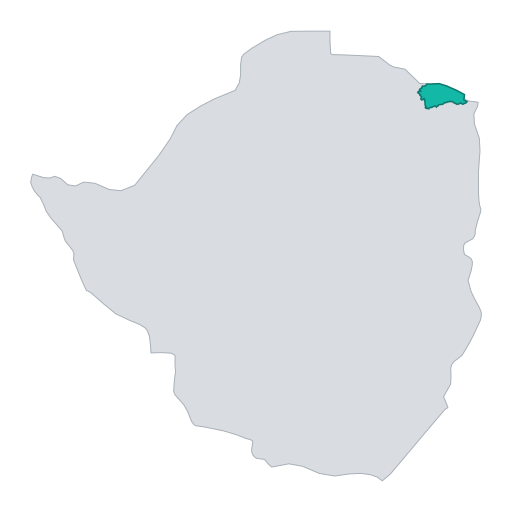 location of Rushinga, Mashonaland Central, Zimbabwe
{"feature_id": "62879985B22521901004108", "entity_name": "Rushinga", "entity_type": "district", "adm_level": 2, "iso_a3": "ZWE", "parent_name": "Zimbabwe", "parent_adm1": "Mashonaland Central", "projection": "robinson", "projection_center": [32.185, -16.62], "detail": "fine", "context": "in_parent", "style": "filled", "palette": "teal", "viewbox_px": 512, "rotation_deg": 0, "n_neighbors": 0, "source": "geoboundaries", "source_scale": "gbopen_adm2", "svg_char_len": 5736}
<svg xmlns="http://www.w3.org/2000/svg" viewBox="0 0 512 512"><path d="M382.3,480.8L377.1,477.0L370.0,474.6L360.9,473.4L349.2,473.9L334.7,476.0L319.2,473.4L302.6,466.3L288.9,463.8L272.5,466.9L271.7,467.0L268.9,464.6L264.4,459.4L256.9,458.4L254.8,457.2L253.1,455.3L252.0,452.8L251.6,450.1L252.8,441.5L252.1,440.6L250.1,439.5L246.0,438.5L236.1,434.6L223.6,430.9L203.5,426.8L195.6,425.7L193.8,424.4L191.5,421.3L187.6,411.4L183.9,404.9L175.1,394.9L173.7,391.8L174.1,383.9L174.7,377.5L175.6,372.0L175.1,366.9L175.0,360.6L175.2,356.3L174.0,354.5L170.9,353.2L161.9,352.6L151.0,352.9L150.6,346.4L149.5,336.5L147.4,330.7L144.9,327.7L139.9,324.6L129.7,320.4L115.9,313.9L104.1,304.3L90.5,292.4L86.3,290.3L81.2,279.1L73.5,259.9L73.9,253.5L72.7,250.4L65.3,241.0L63.6,236.1L62.3,231.2L50.4,217.4L46.3,211.3L43.2,203.6L40.1,197.4L37.6,194.9L34.2,190.7L31.8,185.9L30.7,182.3L31.5,177.5L32.7,174.2L43.9,177.7L50.0,178.0L54.7,176.3L60.7,178.5L67.8,184.8L75.5,186.0L83.7,182.1L95.0,183.3L109.2,189.5L120.9,190.7L134.8,185.2L147.1,169.9L158.8,155.5L170.2,138.9L177.0,125.5L187.2,114.5L200.5,106.1L214.2,99.0L235.1,90.3L239.2,83.1L240.6,75.3L240.6,64.4L241.6,57.3L243.8,54.1L247.3,51.6L251.7,48.3L265.5,40.1L277.1,34.7L291.1,31.3L306.6,31.2L321.4,31.2L329.9,31.2L330.0,41.7L330.7,53.5L332.3,54.6L343.5,54.9L361.5,55.7L378.7,56.5L389.8,65.1L393.5,66.9L405.0,69.2L419.6,83.4L437.2,84.8L449.3,89.2L460.0,94.1L466.1,100.0L470.1,101.3L475.5,101.8L478.1,102.3L477.5,106.5L473.9,113.7L474.4,124.0L479.3,138.2L480.0,150.6L478.4,172.4L478.5,193.5L479.0,201.0L479.8,206.0L480.8,208.8L480.6,211.9L477.7,220.7L475.3,230.1L475.2,233.8L474.3,236.4L472.6,238.8L464.9,243.1L463.6,245.7L463.6,250.6L464.6,254.6L467.4,256.1L470.9,258.4L472.3,261.4L472.3,264.6L471.2,270.6L468.1,280.4L471.1,291.6L474.6,298.9L479.3,307.4L481.3,312.6L481.2,316.4L480.5,320.0L473.3,335.5L468.2,345.1L462.0,355.4L453.7,361.8L451.6,364.9L450.7,368.5L451.0,376.2L450.6,384.2L443.6,396.6L447.9,407.3L446.9,408.3L444.6,409.8L434.4,421.8L424.1,434.0L416.6,442.9L408.1,453.0L398.6,464.3L390.4,474.0L382.3,480.8Z" fill="#d9dde1" stroke="#a8b0b8" stroke-width="1"/><path d="M426.1,108.4L426.4,108.5L426.7,108.5L426.8,108.5L427.0,108.4L427.3,108.3L427.6,108.4L427.8,108.5L428.0,108.6L428.3,108.8L428.5,108.8L428.6,108.7L428.8,108.5L429.0,108.6L429.1,108.2L429.5,107.8L429.9,107.6L430.0,107.6L430.4,107.4L430.7,107.4L430.8,107.5L431.0,107.6L431.4,107.4L431.5,107.4L431.8,107.4L432.0,107.4L432.3,107.1L432.3,106.9L432.6,106.7L432.8,106.7L433.0,106.7L433.3,106.6L433.5,106.6L433.6,106.4L433.8,106.3L434.1,106.2L434.3,106.1L434.5,106.0L434.7,105.9L434.8,105.9L434.9,106.0L435.1,106.1L435.5,106.2L435.6,106.3L435.9,106.6L436.1,106.8L436.2,107.0L436.3,107.1L436.4,106.9L436.5,106.9L436.6,106.7L436.7,106.4L436.8,106.3L437.5,106.3L437.6,106.1L437.8,106.1L437.9,105.9L438.0,105.8L438.1,105.7L438.3,105.5L438.5,105.2L438.7,104.9L438.9,104.8L438.9,104.7L439.1,104.7L439.6,104.7L439.9,104.6L440.0,104.6L440.4,104.6L440.5,104.6L441.0,104.5L441.1,104.4L441.3,104.4L441.5,104.4L441.8,104.4L442.0,104.4L442.3,104.4L442.6,104.3L442.8,104.3L443.2,103.9L443.3,103.8L443.6,103.4L443.8,103.3L444.0,103.3L444.1,103.2L444.3,103.0L444.5,102.7L445.1,102.6L445.7,102.7L445.8,102.7L446.0,102.4L446.5,102.3L446.8,102.4L447.0,102.3L447.0,102.2L447.3,102.0L447.5,101.9L447.8,101.8L448.0,101.8L448.3,101.8L448.6,101.9L448.8,101.8L449.1,101.7L449.5,101.4L449.8,101.3L450.0,101.3L450.3,101.6L450.6,101.6L450.8,101.5L450.9,101.4L451.1,101.4L451.3,101.6L451.6,101.7L451.8,101.7L452.0,101.6L452.3,101.6L452.7,101.8L453.1,102.0L453.4,102.4L453.5,102.5L453.7,102.8L454.1,102.9L454.5,102.9L454.7,103.0L454.9,103.0L455.0,103.3L455.7,103.5L455.8,103.5L456.0,103.8L456.5,104.1L456.9,104.2L457.0,104.3L457.6,104.3L457.6,104.2L457.8,104.2L458.3,104.0L459.1,103.8L459.2,103.7L459.7,103.6L459.8,103.5L459.9,103.4L460.0,103.4L460.4,103.0L460.5,103.0L460.8,102.9L461.1,103.0L461.3,103.2L461.4,103.3L461.5,103.4L461.5,103.5L462.6,104.2L462.8,104.3L463.3,104.1L463.5,104.0L464.1,103.6L464.2,103.4L464.9,103.4L465.0,103.3L465.5,103.1L466.4,102.5L466.4,102.4L466.5,102.4L466.5,102.2L466.8,101.8L467.0,101.6L466.6,101.3L464.1,100.1L463.9,99.8L464.5,94.6L460.4,92.4L456.5,90.3L456.1,90.1L452.4,88.5L451.6,88.2L450.7,87.8L450.0,87.4L448.9,87.0L446.6,85.9L445.9,85.7L443.2,84.9L441.4,84.3L440.9,84.2L440.4,84.0L438.9,83.6L438.4,83.6L437.9,83.7L435.6,83.8L434.2,83.8L432.9,83.9L432.2,84.0L426.5,84.1L426.5,84.3L426.4,84.7L426.3,84.8L426.3,85.1L426.2,85.2L426.0,85.4L426.0,85.5L425.9,85.6L425.7,85.5L425.4,85.7L425.3,85.8L425.2,85.8L424.8,85.9L424.7,86.0L424.3,86.1L424.2,86.1L423.9,86.2L423.4,86.2L423.1,86.2L422.9,86.2L422.7,86.0L422.3,86.2L422.3,86.3L422.4,86.5L422.3,86.8L422.2,86.9L422.0,87.0L421.9,87.2L421.7,87.4L421.7,87.5L421.8,87.6L421.8,87.8L421.7,87.9L421.6,88.0L421.4,88.2L421.4,88.3L421.2,88.3L420.9,88.4L420.4,88.6L420.2,88.7L420.1,88.8L420.0,89.0L420.0,89.3L419.9,89.6L419.4,89.9L419.4,90.0L419.7,90.5L420.0,90.7L420.3,90.7L420.6,90.8L420.7,91.0L420.4,91.1L420.3,91.3L420.2,91.5L420.0,91.4L419.9,91.4L419.7,91.2L419.2,91.2L418.9,91.2L418.8,91.3L418.6,91.6L418.6,91.8L418.4,92.0L418.1,92.0L417.9,92.0L417.7,92.2L418.1,93.0L419.0,93.6L419.6,94.1L419.8,94.3L419.8,94.6L420.1,94.7L419.9,94.9L419.9,95.1L420.0,95.5L420.7,95.9L421.0,96.2L421.6,96.7L421.6,97.0L421.1,97.8L421.1,98.2L421.1,98.6L420.8,98.8L421.1,99.5L421.3,99.5L421.7,99.6L421.9,100.0L422.7,99.5L423.1,99.1L423.8,98.7L424.0,99.6L424.7,99.4L425.1,104.2L425.1,104.3L425.1,104.5L425.2,104.8L425.1,105.0L425.2,105.5L425.3,105.8L425.6,106.1L425.7,106.3L425.7,106.5L425.8,106.6L425.9,106.8L426.0,106.8L426.0,107.0L425.9,107.1L426.0,107.1L426.1,107.3L426.1,107.5L426.0,107.8L425.9,107.9L425.8,108.0L426.0,108.2L426.1,108.3L426.1,108.4Z" fill="#14b8a6" stroke="#0f766e" stroke-width="1.5"/></svg>